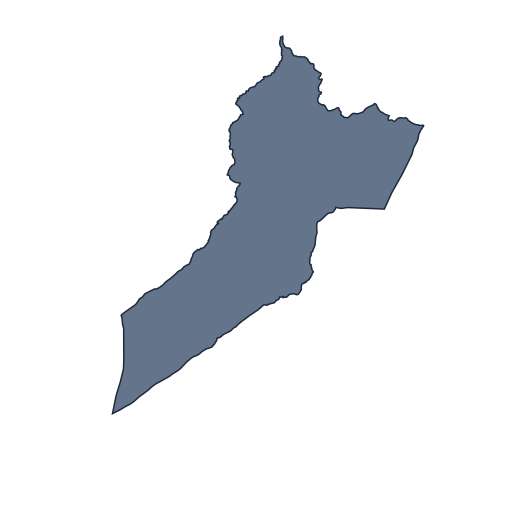 Hai, Kilimanjaro, United Republic of Tanzania, rotated 208°
{"feature_id": "72390352B77483544974211", "entity_name": "Hai", "entity_type": "district", "adm_level": 2, "iso_a3": "TZA", "parent_name": "United Republic of Tanzania", "parent_adm1": "Kilimanjaro", "projection": "robinson", "projection_center": [37.242, -3.24], "detail": "fine", "context": "isolated", "style": "filled", "palette": "slate", "viewbox_px": 512, "rotation_deg": 208, "n_neighbors": 0, "source": "geoboundaries", "source_scale": "gbopen_adm2", "svg_char_len": 6147}
<svg xmlns="http://www.w3.org/2000/svg" viewBox="0 0 512 512"><g transform="rotate(208 256 256)"><path d="M169.1,450.4L169.1,450.2L172.7,448.2L175.1,447.7L176.6,447.0L182.1,446.6L183.0,447.0L185.4,447.1L186.3,448.0L188.2,448.5L191.0,446.8L193.6,445.8L195.0,444.6L195.9,442.9L196.5,440.4L197.0,439.9L197.7,439.7L199.9,439.9L202.8,438.0L203.4,438.4L204.0,439.6L204.2,442.3L209.2,441.7L212.1,442.1L213.0,441.8L214.2,442.0L217.9,443.8L217.9,444.1L219.5,444.8L220.3,445.8L221.3,446.3L222.4,446.4L222.9,446.2L223.5,444.3L226.9,440.0L228.5,437.0L228.9,433.9L229.2,433.4L231.3,430.8L233.2,429.3L234.7,428.5L236.7,427.9L237.2,427.4L238.2,425.7L238.8,423.6L240.0,421.0L242.5,420.2L243.1,419.7L244.9,420.3L247.5,420.5L247.8,421.7L248.6,423.0L249.4,423.5L250.6,423.5L251.8,425.1L253.0,425.6L253.9,424.9L255.5,422.3L256.8,421.1L257.7,419.9L259.7,418.4L260.7,418.0L263.1,419.3L265.7,421.1L267.4,421.2L269.2,420.3L271.6,420.5L273.1,420.9L274.1,421.7L275.3,423.9L275.5,425.0L275.3,426.3L275.9,427.6L275.9,428.2L274.9,429.3L274.9,430.7L275.1,431.1L275.6,431.3L276.7,430.8L277.2,430.9L278.7,431.6L278.9,432.7L280.1,434.2L280.2,434.9L280.4,436.7L280.0,438.9L280.5,443.1L280.9,443.2L281.9,442.1L282.6,441.9L283.3,441.9L284.2,442.5L284.4,443.1L283.8,444.9L284.0,447.2L284.3,447.7L284.7,447.9L287.2,447.8L289.5,448.2L290.7,448.0L293.4,449.4L294.1,451.3L295.5,452.5L297.3,452.1L298.3,451.2L299.7,452.3L301.0,452.6L302.7,454.0L305.7,454.6L306.9,454.5L308.4,453.5L310.5,452.9L311.9,451.6L313.7,451.6L316.0,450.8L317.1,450.8L319.3,452.1L321.3,454.1L323.5,455.1L324.2,455.2L326.5,454.2L328.3,454.0L330.4,455.3L333.2,457.6L334.4,460.8L335.7,462.6L336.3,461.4L337.0,460.8L336.0,458.4L335.8,456.9L334.7,454.7L333.6,453.2L332.0,452.4L330.7,451.4L330.4,450.2L329.5,449.6L329.5,448.7L327.9,445.6L327.6,445.2L326.8,445.1L326.2,444.2L326.0,442.8L325.2,441.5L326.1,438.0L325.3,436.8L326.0,435.9L325.3,434.2L326.8,432.6L326.7,432.3L325.9,431.6L326.8,430.7L326.7,430.4L326.2,430.2L326.9,428.0L326.8,427.8L326.2,427.7L326.1,427.3L326.5,426.0L327.2,425.6L327.8,424.9L327.8,422.5L329.6,421.0L330.8,419.2L332.2,418.9L333.4,417.6L333.3,417.1L332.3,416.5L332.2,416.0L333.7,413.6L334.1,411.7L336.1,409.5L336.5,405.3L340.1,401.7L340.6,400.1L340.2,398.1L342.0,397.3L341.7,394.8L342.5,393.6L343.7,392.7L343.9,391.3L345.5,389.6L345.3,388.5L344.9,388.3L344.7,387.7L345.1,387.0L345.5,386.9L345.8,387.0L346.2,386.7L346.2,386.2L345.4,385.4L345.2,384.7L345.5,384.0L345.8,383.8L345.3,382.9L345.6,381.5L345.3,380.8L343.1,380.3L342.0,380.3L339.0,378.8L337.5,377.7L335.5,377.1L334.1,375.0L334.2,374.5L335.5,373.9L335.9,373.2L335.4,372.1L336.0,371.1L335.7,369.7L336.1,367.3L337.0,365.6L337.8,364.9L338.0,364.0L338.1,363.8L339.2,362.8L338.9,361.6L339.6,359.8L339.0,356.3L339.2,354.9L338.3,354.5L338.2,353.4L336.9,353.2L336.4,352.6L335.4,350.5L335.3,349.7L333.7,347.5L333.9,345.7L333.6,344.9L332.2,344.4L331.8,343.3L331.1,342.6L330.8,339.9L330.0,339.4L329.6,338.5L329.2,338.2L328.4,338.3L327.0,338.9L326.4,338.8L325.6,337.6L324.5,334.1L323.3,333.4L322.6,332.4L320.6,331.7L318.4,328.6L318.2,328.0L318.4,327.2L318.3,326.3L319.5,325.0L320.3,321.9L320.2,318.3L319.6,316.3L319.5,314.1L317.3,314.4L316.7,314.0L315.5,312.5L314.3,311.6L312.4,311.6L310.6,311.2L308.7,311.4L304.2,312.8L303.7,311.5L304.2,310.3L304.7,306.5L303.9,304.6L304.0,302.7L302.8,301.0L302.4,298.4L302.0,298.4L301.7,298.9L301.3,299.0L299.2,297.0L298.5,295.4L298.4,293.8L299.3,290.5L299.7,287.2L300.1,286.4L300.1,285.0L300.7,283.2L300.5,282.1L300.7,281.8L301.3,282.1L301.3,281.8L300.8,280.9L300.8,280.1L301.5,278.4L302.6,277.7L302.8,277.1L303.2,276.8L303.4,275.3L303.1,274.2L303.5,273.3L303.5,272.2L303.9,272.1L304.2,272.4L306.2,268.3L305.7,267.0L304.4,267.2L304.3,266.8L305.3,265.5L305.7,264.3L306.1,260.2L307.3,258.4L307.4,257.1L307.2,255.6L306.7,254.9L305.7,252.5L305.9,251.6L305.5,250.7L305.3,249.5L305.4,248.9L305.2,247.6L305.4,247.2L304.8,246.8L304.7,246.2L305.6,240.4L306.0,239.3L306.9,237.8L308.6,236.6L308.5,235.7L308.8,234.8L310.3,234.6L311.9,231.1L312.5,229.0L312.5,228.0L311.9,225.6L311.8,222.3L311.1,220.8L311.3,220.2L311.1,217.8L312.1,216.2L313.2,215.0L313.9,213.8L314.0,213.3L314.5,212.8L314.9,211.0L314.8,210.0L315.3,209.6L315.9,208.1L317.5,206.0L319.0,201.0L320.9,196.2L323.5,190.9L324.5,186.9L326.5,182.8L328.3,180.2L329.9,179.4L330.5,178.8L336.3,170.6L337.2,165.9L337.8,165.2L338.9,163.0L338.9,160.6L339.4,157.1L340.2,155.2L345.6,144.5L347.3,140.5L344.9,137.9L342.6,134.4L340.5,131.6L339.0,130.2L324.2,102.7L320.0,94.1L316.6,80.8L314.0,67.2L308.7,49.4L303.5,56.8L301.0,61.1L297.3,66.6L295.6,70.0L293.0,77.0L288.5,86.3L286.6,91.5L284.7,95.5L275.8,109.3L274.8,111.8L271.2,118.1L269.7,121.4L267.6,129.5L265.4,135.1L263.5,138.4L262.3,139.4L260.4,142.1L258.7,146.4L256.0,151.0L254.6,152.2L252.3,154.8L251.9,156.2L252.1,157.0L251.4,157.9L251.1,163.1L251.2,163.7L251.9,164.7L250.8,166.5L250.2,166.4L249.9,166.8L249.5,167.4L249.5,168.1L248.8,168.8L248.5,170.1L247.4,172.2L243.5,177.5L241.8,182.3L240.2,184.6L240.1,186.0L238.1,191.1L233.6,200.6L228.7,209.8L226.3,216.5L226.0,216.8L223.1,217.6L222.8,218.8L221.7,219.5L220.8,220.9L219.8,221.5L219.3,222.2L218.1,223.0L217.4,224.9L217.1,226.6L215.7,228.1L215.6,228.5L215.9,229.1L215.6,229.9L215.8,231.0L214.0,231.8L213.1,232.9L212.5,232.0L212.0,232.4L211.6,233.2L210.0,233.6L209.3,234.9L208.8,237.3L207.6,238.3L207.0,239.1L204.8,240.4L201.8,241.0L200.7,242.0L200.3,244.9L200.2,247.6L201.5,249.8L202.3,252.6L202.2,253.1L201.0,254.2L200.7,255.6L199.7,255.8L199.4,257.6L198.6,259.4L198.0,260.1L198.2,260.9L197.7,262.8L198.2,263.7L197.8,265.0L198.2,267.2L197.9,268.7L198.1,269.1L200.2,270.2L202.0,272.6L202.7,272.9L203.3,274.2L204.3,274.1L204.6,274.3L206.0,276.2L206.4,277.8L207.6,279.6L207.6,282.4L208.9,284.9L208.1,286.4L208.6,288.1L208.6,289.8L209.0,293.3L212.0,300.5L212.5,302.2L213.0,305.1L215.6,309.3L217.5,313.0L217.6,315.2L217.4,315.7L216.6,316.3L215.5,318.4L212.7,326.9L211.9,328.0L209.4,329.9L208.5,331.1L208.0,335.0L208.3,336.4L203.9,337.7L202.1,338.7L199.6,340.6L196.8,342.3L164.7,357.7L165.8,375.2L165.3,397.5L165.8,412.6L165.9,418.5L167.6,426.0L167.5,431.7L167.8,434.9L169.4,440.0L169.6,444.6L169.1,449.0L169.1,450.4Z" fill="#64748b" stroke="#1e293b" stroke-width="1.5"/></g></svg>